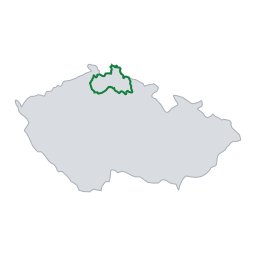 Liberecký on a map of Czechia (Albers equal-area conic projection)
{"feature_id": "CZE-1597", "entity_name": "Liberecký", "entity_type": "Region", "adm_level": 1, "iso_a3": "CZE", "parent_name": "Czechia", "parent_adm1": "", "projection": "albers", "projection_center": [15.007, 50.741], "detail": "fine", "context": "in_parent", "style": "outline", "palette": "green", "viewbox_px": 256, "rotation_deg": 0, "n_neighbors": 0, "source": "natural_earth", "source_scale": "10m", "svg_char_len": 5094}
<svg xmlns="http://www.w3.org/2000/svg" viewBox="0 0 256 256"><path d="M240.6,140.1L239.8,140.3L237.9,141.1L235.5,141.6L232.8,141.5L230.7,143.0L228.9,145.4L226.9,147.0L225.9,148.5L225.3,149.9L218.6,154.3L217.7,156.1L217.1,158.4L216.9,161.5L216.5,164.4L215.4,165.9L211.7,167.3L210.8,168.0L210.1,169.5L208.1,171.8L205.7,174.0L201.3,176.5L196.4,177.4L190.1,176.8L186.4,176.0L184.6,177.1L182.2,180.3L179.7,185.7L178.7,189.8L177.8,188.7L176.2,184.4L174.4,183.9L172.1,183.6L170.3,183.0L166.4,180.6L164.4,179.9L162.2,179.8L160.1,181.3L158.5,183.0L153.4,183.1L147.9,182.4L139.9,176.8L137.8,176.8L135.6,177.0L132.2,175.7L125.4,172.1L122.3,171.2L120.3,171.8L118.5,172.6L117.2,172.7L116.5,171.5L114.0,170.0L111.5,169.9L110.8,170.7L109.9,178.8L109.1,181.8L105.6,181.6L104.4,183.0L101.7,186.9L101.1,190.7L96.4,189.9L94.2,189.2L92.2,189.7L90.0,191.8L83.9,191.6L79.1,190.3L77.1,185.6L74.9,183.7L72.2,182.0L71.2,181.7L69.7,179.1L66.9,175.9L62.3,171.5L58.6,171.7L57.3,170.5L56.8,168.9L55.3,166.1L53.6,164.2L51.6,163.4L48.7,160.9L44.9,155.5L41.4,151.8L37.9,151.8L35.7,149.8L33.5,147.2L32.0,144.7L29.6,138.8L27.8,135.4L26.5,133.2L24.9,131.4L24.3,130.1L26.5,127.0L27.2,125.5L28.1,124.3L28.7,123.1L28.7,122.1L27.0,119.0L24.6,116.6L21.1,114.2L18.9,111.3L18.2,108.6L18.0,107.2L16.5,105.2L15.4,102.3L15.4,100.6L15.8,100.1L16.9,100.2L18.2,101.4L20.0,103.7L21.4,107.0L22.4,105.8L24.3,102.4L27.5,98.5L30.8,96.4L33.6,96.3L36.0,95.7L38.0,94.7L41.4,95.2L43.8,96.1L44.6,95.6L45.7,93.6L46.3,91.8L51.8,90.9L53.7,87.5L54.8,87.6L56.0,87.1L57.2,85.8L58.3,85.3L59.2,86.0L60.3,86.4L61.5,85.6L63.4,81.7L64.4,81.1L69.1,80.6L75.6,78.4L78.9,76.4L82.2,75.3L85.6,73.3L91.1,71.4L91.4,70.7L88.9,68.6L88.0,67.4L87.5,66.1L88.4,64.6L89.6,64.2L91.1,64.8L95.7,65.7L96.9,66.6L97.4,68.6L98.5,70.5L99.4,70.7L99.1,73.7L100.5,74.9L102.7,75.9L104.1,75.7L105.1,74.5L105.5,73.6L108.3,73.5L111.2,72.2L111.4,70.1L111.2,66.1L111.5,65.5L115.8,66.7L120.2,68.4L120.8,72.3L122.0,74.3L123.3,76.0L124.7,76.8L126.9,76.9L132.8,79.2L135.7,79.7L138.6,81.2L141.1,82.9L142.9,83.2L143.7,85.0L144.9,86.2L146.8,85.2L153.9,83.8L156.4,85.5L158.2,87.3L158.5,87.9L157.6,89.6L157.2,90.9L156.4,91.8L154.0,92.7L152.7,94.2L151.7,95.8L152.4,97.4L154.4,98.5L155.8,98.7L156.4,99.8L161.0,104.7L164.8,111.2L166.2,112.2L167.5,112.4L169.1,111.4L170.8,109.3L172.8,107.7L174.6,106.8L177.7,105.0L177.8,103.8L175.0,99.4L173.4,95.9L173.8,95.2L177.1,95.7L182.8,97.5L191.7,103.6L193.3,103.6L196.3,103.0L199.6,101.8L201.1,100.6L201.8,101.0L202.4,104.5L201.6,106.4L197.7,108.5L197.9,109.4L199.0,110.5L200.8,111.3L203.1,113.5L204.7,116.0L206.1,117.2L207.5,117.7L211.1,116.2L212.1,115.0L212.5,114.2L213.2,114.4L214.5,115.6L215.0,116.3L218.5,117.6L220.7,119.3L222.0,120.1L223.4,119.2L229.1,120.4L230.7,121.5L231.2,123.5L231.0,124.7L232.0,127.7L239.5,134.8L240.5,138.6L240.6,140.1Z" fill="#d9dde1" stroke="#a8b0b8" stroke-width="1"/><path d="M98.9,73.9L99.1,74.3L100.2,74.6L100.7,74.8L101.9,75.8L103.1,76.1L103.9,76.1L104.4,76.0L104.7,75.6L105.0,75.0L105.5,73.6L106.2,73.6L107.4,73.3L111.1,73.6L111.2,73.1L111.2,71.3L111.1,71.2L111.1,70.7L111.6,70.2L111.7,69.9L111.6,68.4L111.1,67.7L110.6,67.3L110.5,66.7L110.8,66.4L111.0,66.3L111.2,66.2L111.6,65.9L111.8,65.6L111.9,65.2L112.5,65.8L114.1,66.2L114.4,66.7L114.8,67.0L115.3,67.3L115.6,67.2L115.7,66.7L116.0,66.0L116.4,65.7L116.8,65.9L117.0,66.7L117.3,67.4L119.1,67.5L120.0,67.9L120.5,68.7L120.5,69.2L120.2,69.8L120.0,70.7L120.1,71.5L120.4,72.4L120.8,73.2L121.1,73.8L121.8,74.3L122.4,74.6L122.9,75.0L123.3,76.0L123.3,76.5L123.2,77.0L123.2,77.5L123.4,77.9L123.8,78.0L124.2,77.7L124.5,77.1L124.8,76.7L126.2,76.6L128.8,77.5L129.3,79.0L130.4,81.2L130.5,81.6L130.4,81.9L130.3,82.2L130.2,82.6L130.2,83.1L130.3,84.1L130.4,84.5L130.5,84.9L130.9,85.4L131.1,85.7L131.2,86.0L131.2,86.3L131.2,86.6L131.2,86.9L131.0,88.0L131.1,88.4L132.2,91.0L132.3,91.3L132.3,91.6L132.3,92.0L132.1,92.3L131.9,92.4L131.7,92.5L129.2,92.1L128.8,91.8L128.1,91.1L127.9,91.0L127.7,90.9L127.5,91.0L126.7,91.3L126.4,91.7L126.3,93.3L126.2,93.7L126.1,94.0L125.9,94.1L125.7,94.2L125.4,94.2L125.2,94.1L124.7,93.7L123.7,92.4L123.1,91.9L121.6,91.3L121.3,91.3L120.9,91.4L119.5,93.0L119.3,93.1L119.1,93.1L118.9,93.0L117.1,91.5L116.5,91.3L116.4,91.3L116.2,91.3L114.9,90.4L114.5,89.7L114.2,88.2L113.4,88.5L113.2,88.4L112.9,88.3L112.7,88.1L112.1,87.4L111.9,87.3L111.7,87.2L111.0,87.3L110.7,87.1L110.4,86.9L110.1,86.8L109.9,86.9L109.5,87.1L109.3,87.1L108.9,86.9L108.6,87.0L108.1,87.8L107.9,88.0L107.2,88.6L107.0,88.8L106.9,89.0L106.5,89.7L106.3,90.0L106.0,90.2L105.5,90.5L105.2,90.7L104.8,91.1L104.5,91.3L103.3,91.9L102.0,92.8L99.0,93.5L98.4,93.6L98.2,93.5L98.0,93.4L98.0,93.2L97.9,93.0L97.9,92.9L97.8,92.6L97.6,92.4L97.4,92.4L96.9,92.4L96.3,92.3L94.8,92.3L94.4,92.4L94.2,91.2L91.9,89.3L90.1,83.4L90.0,83.2L90.1,82.9L90.2,82.7L90.3,82.6L90.8,82.3L91.4,80.7L91.6,80.5L92.3,79.8L92.4,79.7L92.4,79.4L92.4,78.9L92.5,78.6L92.6,78.4L92.8,78.2L93.2,77.8L93.6,75.7L93.7,75.4L93.9,75.4L94.1,75.5L95.8,77.3L96.1,77.3L96.3,77.3L96.6,77.1L96.8,76.9L97.0,76.5L97.1,76.1L97.2,75.3L97.2,75.1L97.3,74.9L97.5,74.8L98.4,74.7L98.6,74.6L98.8,74.3L98.9,74.0L98.9,73.9Z" fill="none" stroke="#15803d" stroke-width="2"/></svg>